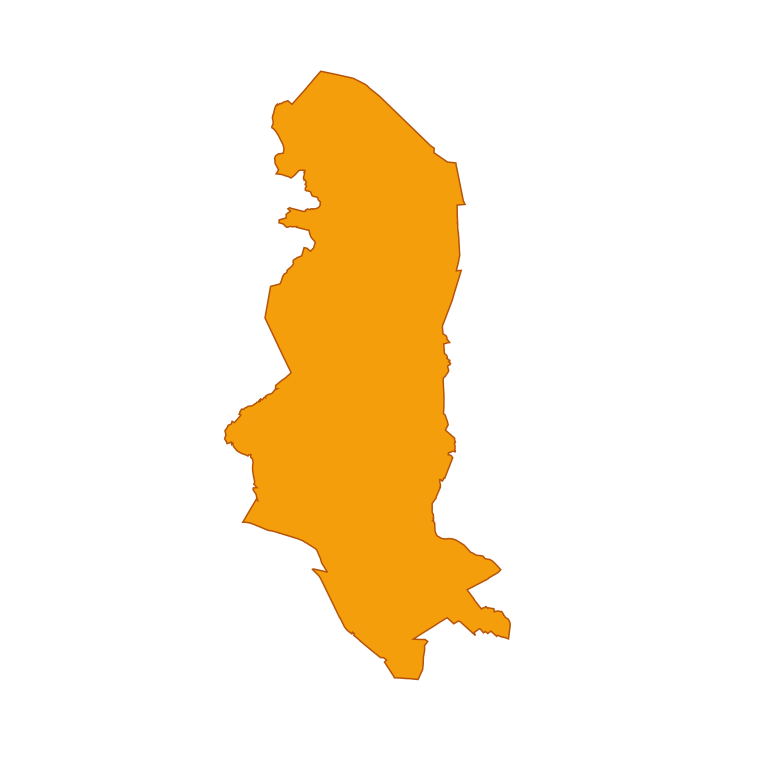 the district of Tepeapulco, Hidalgo, Mexico, rotated 305°
{"feature_id": "50627088B41907364490539", "entity_name": "Tepeapulco", "entity_type": "district", "adm_level": 2, "iso_a3": "MEX", "parent_name": "Mexico", "parent_adm1": "Hidalgo", "projection": "mercator", "projection_center": [-98.507, 19.806], "detail": "fine", "context": "isolated", "style": "filled", "palette": "amber", "viewbox_px": 768, "rotation_deg": 305, "n_neighbors": 0, "source": "geoboundaries", "source_scale": "gbopen_adm2", "svg_char_len": 6147}
<svg xmlns="http://www.w3.org/2000/svg" viewBox="0 0 768 768"><g transform="rotate(305 384 384)"><path d="M605.9,285.3L617.1,215.6L618.0,202.6L618.6,199.1L618.7,197.2L616.8,183.6L609.6,166.0L603.9,152.8L594.6,151.8L578.7,150.4L560.3,148.2L560.9,142.8L556.8,139.8L554.4,138.9L554.2,137.9L551.3,136.9L552.0,136.0L550.2,135.8L547.4,136.3L542.6,138.3L540.0,138.9L537.7,140.1L536.1,142.0L533.9,143.8L530.2,144.6L529.6,145.2L529.7,147.2L529.0,150.1L527.0,155.0L524.3,159.9L522.4,163.6L519.4,167.1L515.5,169.1L512.9,166.7L512.0,165.5L508.7,164.4L506.2,164.9L502.1,168.5L499.1,174.6L496.9,175.0L494.3,175.1L497.0,180.2L498.4,185.1L499.1,186.8L499.3,189.2L499.7,189.8L503.6,191.0L509.9,191.8L511.7,193.5L513.5,196.7L513.4,197.0L511.4,197.1L511.4,197.8L509.1,198.9L507.6,199.3L506.2,200.2L505.3,201.5L505.9,201.6L505.0,204.2L502.9,205.2L502.9,204.8L502.4,204.8L502.1,205.1L502.1,206.6L501.3,207.2L499.8,207.1L498.9,207.4L498.3,208.0L497.8,208.2L497.7,209.6L498.7,211.3L499.2,212.9L499.1,213.9L497.1,216.8L497.1,217.9L497.5,219.4L498.6,221.7L498.6,222.2L498.5,222.9L497.2,224.5L496.9,225.1L496.7,227.4L495.8,228.0L495.3,228.0L494.3,229.1L491.8,229.3L490.7,229.0L489.1,228.0L486.5,225.6L486.7,225.1L485.7,223.8L485.0,223.4L484.5,223.5L483.4,220.8L482.2,220.7L481.6,220.0L481.3,220.1L480.7,220.5L480.4,220.5L479.9,220.2L479.8,219.5L479.1,218.9L474.5,206.7L474.4,205.7L472.4,204.8L471.9,208.2L466.9,206.5L464.0,208.6L458.3,204.0L455.8,205.5L457.3,209.5L456.7,212.8L456.6,214.2L456.8,214.8L459.4,216.9L460.3,219.0L461.4,220.1L462.0,221.3L463.0,222.3L462.3,222.7L466.4,233.5L466.9,234.3L464.3,237.3L462.4,240.0L460.8,246.4L456.4,247.9L454.8,248.3L450.6,247.6L451.0,243.0L449.9,240.3L441.8,243.1L440.9,242.4L439.6,241.8L438.0,240.5L436.5,240.1L434.5,239.0L432.9,238.9L432.4,239.1L430.5,240.9L428.6,241.0L427.4,240.9L421.6,239.4L420.6,240.2L418.9,240.2L417.9,239.9L417.2,239.3L416.0,239.2L414.3,239.3L409.5,240.8L406.3,241.4L398.9,235.1L369.9,248.6L349.8,283.8L340.7,300.2L339.9,301.4L336.6,300.8L334.7,300.2L333.4,300.1L328.1,298.1L320.7,296.1L317.9,297.9L318.7,299.2L317.1,298.3L317.1,298.0L312.8,297.7L311.4,297.3L309.2,295.3L306.2,293.9L305.5,294.5L304.9,294.9L304.4,293.6L301.3,293.4L301.4,293.2L301.0,291.4L298.5,291.2L299.3,292.3L298.9,292.6L298.4,292.3L298.1,291.9L297.7,291.7L297.5,291.3L297.0,291.1L296.0,290.3L295.4,290.4L290.4,288.4L288.9,286.7L288.6,286.6L287.9,285.5L285.6,284.6L284.2,283.7L283.0,283.7L282.5,283.3L282.0,282.0L281.8,281.8L278.8,281.9L277.3,282.6L276.2,282.5L276.4,284.6L266.6,283.6L266.3,281.0L263.9,281.8L262.8,281.4L261.6,280.5L260.8,280.1L259.7,280.2L258.7,280.6L254.5,280.5L252.4,282.9L251.1,284.0L247.9,284.7L247.0,286.4L246.4,287.9L245.1,289.6L247.3,291.3L248.8,292.1L247.1,293.9L248.8,294.0L246.6,296.3L245.0,301.7L245.1,304.1L245.5,307.5L246.9,312.5L246.8,313.3L247.3,314.0L248.4,314.0L249.4,314.9L249.8,315.5L247.8,316.6L247.4,317.0L247.3,318.9L245.8,320.7L244.9,321.7L242.1,323.0L238.6,325.3L233.5,330.1L232.3,331.5L229.6,334.2L228.7,334.7L227.4,334.6L226.3,339.4L223.8,336.5L222.3,337.4L220.2,342.6L217.9,345.0L216.1,347.3L216.2,345.5L189.7,347.6L191.5,350.2L193.2,353.7L193.8,355.7L197.8,373.5L199.1,375.8L199.9,377.8L207.7,401.7L209.0,407.4L209.1,410.5L209.3,411.4L209.8,423.0L209.2,424.5L204.6,432.0L201.7,435.5L197.6,445.2L197.1,444.9L196.4,442.8L192.2,432.7L191.5,431.8L191.1,431.7L189.6,440.4L188.8,442.7L184.2,451.1L167.1,481.8L167.3,482.0L162.4,490.9L161.6,493.4L161.1,495.9L161.0,497.5L160.9,501.0L162.6,500.6L162.3,503.1L160.8,503.4L160.1,511.7L159.9,511.6L158.5,528.0L157.9,537.3L158.1,538.6L159.3,540.1L159.6,540.8L159.3,544.5L156.5,543.9L150.1,559.7L149.6,560.4L149.3,561.0L152.5,566.0L155.5,571.2L157.0,573.4L161.5,581.4L172.3,579.4L176.6,577.0L183.2,572.8L189.4,569.9L192.9,567.3L198.2,567.5L198.2,564.8L198.4,564.4L194.7,559.0L191.9,554.4L201.2,558.1L214.5,563.8L221.4,566.5L228.8,569.8L227.6,578.7L232.5,580.9L233.0,582.8L230.4,603.1L232.2,600.4L238.3,602.5L238.5,603.7L237.2,608.2L239.4,609.0L239.1,612.0L241.9,613.0L242.9,613.2L241.9,621.0L243.2,621.0L244.6,626.4L245.2,626.9L246.6,632.2L258.3,626.0L259.3,625.4L261.2,623.5L262.6,620.7L262.5,617.0L263.1,615.9L263.1,614.8L263.8,614.2L265.1,610.9L264.3,609.7L263.6,607.8L262.1,606.1L260.7,605.0L262.8,603.1L262.9,602.7L261.3,599.7L260.5,597.8L259.8,597.4L260.2,595.2L259.9,594.9L259.4,594.9L258.8,594.7L257.0,593.3L255.6,592.9L258.8,582.0L259.3,581.5L263.1,570.1L284.1,581.0L285.5,581.2L294.8,585.5L298.8,586.2L300.5,578.9L301.2,574.1L300.9,571.1L299.9,569.4L298.9,567.0L299.1,565.9L299.8,564.1L298.9,561.8L296.7,557.8L296.3,553.6L296.1,553.3L296.3,552.8L295.8,551.2L296.0,550.9L298.0,541.9L297.5,533.0L297.3,531.8L296.9,530.8L296.8,529.9L294.9,526.2L292.0,522.8L290.6,519.8L290.4,518.9L290.1,514.3L291.2,512.4L292.8,510.1L299.0,505.4L298.9,505.3L299.4,504.7L299.8,503.5L300.6,502.9L300.0,502.3L301.2,502.3L301.8,501.6L302.0,501.8L302.3,501.8L305.6,499.0L306.1,497.7L306.8,496.8L309.1,495.3L313.7,492.0L318.1,492.0L319.3,492.0L319.8,492.3L321.2,491.6L331.8,489.4L331.7,488.9L332.7,488.8L333.5,488.3L334.6,487.1L337.5,484.4L337.9,484.6L338.1,485.3L337.8,487.0L338.0,487.5L338.4,487.6L341.4,487.1L341.7,487.8L362.9,482.6L362.8,482.3L363.7,481.0L363.8,479.3L362.9,477.1L364.8,476.3L365.5,477.2L368.0,478.6L368.5,479.2L368.9,479.8L369.1,481.1L370.0,481.0L370.7,479.6L371.2,479.6L374.0,477.7L376.0,475.6L377.2,476.0L378.8,473.8L380.1,473.0L381.4,460.9L383.5,460.4L387.4,460.0L389.9,457.1L393.7,451.7L393.8,449.7L398.2,447.1L408.0,440.4L421.3,430.1L422.4,429.6L423.1,429.2L423.6,429.2L425.3,429.8L428.1,429.6L429.3,429.8L432.0,429.4L435.0,425.9L435.7,425.9L437.5,426.9L438.9,426.8L439.0,426.1L439.7,425.4L439.4,424.2L441.1,424.3L441.0,420.9L442.2,420.6L443.1,419.4L443.7,417.5L443.5,416.2L451.1,409.9L452.9,411.5L454.2,412.4L455.6,414.0L456.2,412.8L456.6,410.1L458.1,408.9L458.6,408.3L459.1,407.1L459.0,403.5L464.9,398.6L491.7,391.9L497.4,389.9L521.4,382.1L518.2,378.3L528.1,374.4L530.1,373.3L532.5,372.5L546.2,361.7L550.3,358.3L553.4,355.4L557.1,352.7L558.0,351.6L558.2,351.9L563.6,347.7L572.5,341.2L577.6,347.4L579.5,344.0L605.2,317.0L606.3,316.1L602.2,308.6L602.1,292.3L605.9,289.9L605.9,285.3Z" fill="#f59e0b" stroke="#b45309" stroke-width="1.5"/></g></svg>